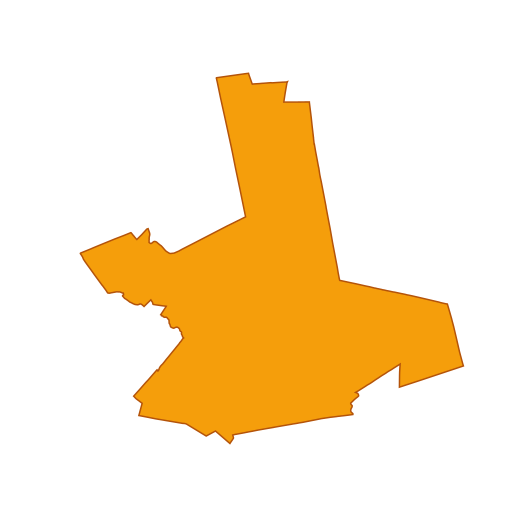 Puiesti, Buzau, Romania (Equal Earth projection), rotated 251°
{"feature_id": "2599482B61093461242490", "entity_name": "Puiesti", "entity_type": "district", "adm_level": 2, "iso_a3": "ROU", "parent_name": "Romania", "parent_adm1": "Buzau", "projection": "equal_earth", "projection_center": [27.232, 45.391], "detail": "fine", "context": "isolated", "style": "filled", "palette": "amber", "viewbox_px": 512, "rotation_deg": 251, "n_neighbors": 0, "source": "geoboundaries", "source_scale": "gbopen_adm2", "svg_char_len": 5954}
<svg xmlns="http://www.w3.org/2000/svg" viewBox="0 0 512 512"><g transform="rotate(251 256 256)"><path d="M148.3,421.3L148.5,420.9L149.4,419.3L149.7,418.8L151.8,415.4L152.9,413.9L154.2,411.8L155.6,409.6L164.2,395.9L167.8,390.1L169.7,386.9L169.8,386.6L171.2,384.5L173.2,381.1L176.8,375.1L177.5,373.7L178.8,371.6L179.4,370.6L180.9,368.0L182.1,366.1L183.0,364.4L183.3,364.1L183.7,363.4L184.2,362.6L184.8,361.6L185.9,359.7L186.6,358.7L187.2,357.5L187.5,357.1L188.2,356.0L189.9,353.4L191.9,350.0L197.2,341.4L198.8,338.7L201.8,333.7L205.0,328.4L205.6,327.3L205.8,327.2L207.7,327.4L211.8,328.0L213.3,328.2L218.5,329.1L243.4,332.7L257.7,335.0L268.9,336.6L279.8,338.2L279.9,338.3L305.1,341.9L308.6,342.3L312.2,342.8L318.7,344.0L320.7,344.2L326.6,345.1L334.9,346.3L342.8,347.6L342.9,347.4L348.2,348.6L349.2,348.9L350.3,349.1L351.1,349.3L360.7,351.4L368.5,353.2L371.8,353.9L384.0,356.5L384.3,356.6L388.2,344.9L392.5,332.4L400.3,336.5L404.5,338.8L409.6,341.6L410.6,342.5L410.6,342.3L410.6,341.4L410.7,341.1L411.8,337.4L412.5,334.8L413.1,332.7L413.8,330.1L414.5,327.5L415.0,326.6L416.9,319.3L417.3,317.9L417.9,315.4L419.0,311.4L419.7,308.8L419.7,308.5L419.8,308.4L429.3,308.3L431.2,308.4L431.4,307.3L431.7,306.0L434.3,292.7L436.9,279.3L437.4,276.7L437.2,276.4L436.9,276.4L435.0,276.2L433.0,276.0L416.7,273.9L393.2,271.2L366.2,268.0L364.8,267.8L362.3,267.5L346.2,265.3L324.7,262.6L296.4,258.9L293.8,238.6L288.4,201.9L286.5,188.5L285.8,184.6L285.6,181.9L285.4,179.5L286.0,176.8L286.3,175.6L287.2,174.6L289.6,172.7L290.7,172.1L292.7,171.3L294.0,170.8L295.4,170.2L296.5,169.7L297.6,168.9L299.5,167.7L300.2,167.3L301.3,166.7L301.9,166.2L302.6,165.3L302.8,164.8L302.9,164.3L302.8,163.7L302.4,162.4L302.1,161.8L302.0,161.2L302.0,160.6L302.4,160.2L303.0,159.7L303.4,159.4L303.8,159.3L304.3,159.6L305.7,160.0L306.9,160.6L307.2,160.6L307.7,160.8L308.6,161.2L309.9,162.0L310.7,162.5L311.2,162.6L311.8,162.8L312.7,162.9L313.6,162.9L315.7,162.9L317.0,162.9L317.0,161.5L313.5,155.1L310.4,148.7L311.2,148.3L312.9,147.6L313.4,147.4L314.4,147.1L315.3,146.7L318.6,145.5L318.8,145.3L318.8,144.7L318.4,137.3L318.3,134.6L318.1,128.8L318.1,128.5L317.5,118.0L317.2,112.6L316.7,104.3L316.5,102.1L315.9,91.2L315.8,90.9L315.6,90.8L315.5,90.7L314.1,91.1L311.5,91.7L309.1,91.8L306.0,92.6L303.0,93.5L294.1,96.2L291.3,97.0L291.0,97.1L278.4,101.0L278.1,101.2L272.3,103.0L270.2,103.5L269.4,103.7L269.1,104.2L268.7,104.9L268.5,105.6L268.4,106.5L268.3,107.4L268.2,108.0L268.1,108.5L268.0,109.4L267.7,111.3L267.5,112.5L267.4,112.9L267.0,113.8L266.5,115.2L266.3,115.6L266.0,116.1L265.2,116.9L264.5,117.7L264.3,118.0L264.1,118.5L262.5,118.2L262.3,118.1L262.2,117.4L262.1,117.1L261.9,116.9L261.7,116.8L261.3,116.9L260.9,117.1L260.4,117.3L260.1,117.4L259.2,117.8L258.8,117.9L258.5,118.1L258.3,118.3L257.5,119.0L256.5,119.7L254.8,120.9L253.8,121.5L253.3,121.9L252.7,122.6L252.1,123.2L251.3,123.9L250.7,124.5L250.0,125.3L249.5,125.9L249.0,126.9L248.6,127.7L248.4,128.3L248.3,129.1L248.3,129.6L248.4,130.2L248.5,130.6L248.4,130.9L248.0,131.5L247.4,132.2L246.6,132.6L245.7,133.2L244.7,133.7L245.2,134.7L245.3,135.0L246.1,136.6L248.8,142.3L247.5,142.6L246.2,143.0L245.7,143.0L245.0,143.0L244.4,142.9L244.2,142.9L243.9,142.9L243.7,143.0L242.3,145.6L239.6,150.9L237.7,154.8L237.6,154.7L231.5,146.8L231.2,147.1L230.9,147.4L230.5,147.5L230.2,147.3L229.9,147.6L229.8,147.9L229.5,148.3L229.2,148.5L228.9,148.6L228.6,148.6L228.4,148.9L227.9,149.5L227.7,149.8L227.5,150.9L227.2,151.4L226.9,151.6L226.4,151.9L225.9,152.0L225.1,152.3L224.6,152.6L223.9,152.8L223.1,152.7L222.4,152.5L221.8,152.3L221.4,152.2L220.8,152.1L220.5,152.0L220.3,152.0L220.0,152.2L219.6,152.3L218.8,152.3L217.8,152.2L217.3,152.2L216.9,152.2L216.4,152.5L215.8,153.1L215.4,153.4L215.1,153.8L214.6,154.5L214.5,154.9L214.5,155.2L214.6,155.8L214.7,156.5L214.6,157.4L214.5,158.1L214.2,158.5L213.6,159.1L213.1,159.4L212.3,159.8L212.0,159.9L211.6,159.9L211.2,159.8L210.7,159.8L210.1,159.8L209.7,159.9L209.3,160.2L208.9,160.5L208.4,160.7L208.0,160.7L207.6,160.6L207.1,160.3L206.8,160.2L206.4,160.1L205.9,160.2L205.2,160.3L204.8,160.4L204.5,160.4L204.2,160.3L203.9,160.3L203.7,160.3L203.4,160.3L203.1,160.4L202.7,160.7L202.4,160.8L202.1,160.9L202.0,160.6L201.7,160.0L201.5,159.6L201.2,159.2L200.8,158.7L200.6,158.4L200.1,157.8L199.3,156.5L198.9,155.7L198.7,155.5L198.2,154.9L197.8,154.3L195.8,151.0L193.9,148.0L191.0,143.3L189.1,140.3L187.5,137.6L185.6,134.7L185.0,133.7L184.4,132.8L183.6,131.1L183.4,130.7L182.8,129.7L182.4,129.2L182.0,128.7L181.2,127.9L180.8,127.6L180.3,127.2L180.0,127.0L179.2,125.8L179.7,125.6L180.0,125.6L180.6,125.4L180.2,124.6L177.2,119.4L173.8,113.5L172.3,110.6L167.6,102.4L163.3,94.7L160.2,96.1L153.8,100.4L143.3,93.3L138.6,101.5L134.9,107.8L121.6,132.2L121.2,133.2L121.0,133.7L120.4,134.7L120.0,135.3L119.7,135.6L102.0,150.3L103.7,160.7L97.7,164.2L90.1,168.6L87.2,170.3L87.7,170.9L89.7,173.6L90.7,174.9L91.3,175.5L94.3,175.7L94.1,178.4L94.0,178.7L93.4,182.6L92.7,187.3L92.0,192.4L91.6,194.9L90.8,200.9L87.5,221.7L85.8,232.2L85.4,234.5L85.2,236.1L84.8,238.2L84.5,239.9L84.2,242.1L83.6,245.5L83.5,246.1L81.1,263.7L81.1,264.1L80.1,269.5L79.3,273.8L79.0,275.1L78.0,279.7L77.9,280.4L76.2,288.0L75.1,293.3L74.6,296.0L75.4,296.3L76.9,295.5L77.8,295.1L78.5,295.1L79.5,295.4L80.8,296.3L81.6,297.3L82.4,297.9L83.2,298.2L83.8,298.0L84.6,297.6L85.2,297.5L86.0,297.6L88.2,302.2L89.4,305.3L89.6,306.1L90.0,306.8L90.1,307.2L90.3,307.5L90.7,307.6L91.2,307.7L91.4,307.7L91.8,307.7L92.9,307.5L93.7,306.7L94.6,305.7L94.8,306.7L95.1,308.0L95.1,308.5L95.6,310.5L96.3,313.4L96.8,315.5L97.3,317.6L97.6,318.6L97.9,320.0L98.0,320.7L98.4,322.6L98.8,324.2L99.3,326.0L99.7,327.4L100.3,329.6L100.8,331.7L101.4,333.9L102.0,336.2L103.0,340.8L103.3,341.6L103.6,342.8L103.7,343.2L104.2,345.6L104.5,347.2L105.1,349.4L106.2,354.1L106.9,357.1L99.7,354.1L96.2,352.8L85.3,348.9L85.2,355.8L85.0,368.1L84.5,416.3L87.1,416.4L98.8,417.2L113.0,418.7L124.9,419.9L131.8,420.4L132.7,420.5L142.0,421.0L148.3,421.3Z" fill="#f59e0b" stroke="#b45309" stroke-width="1.5"/></g></svg>